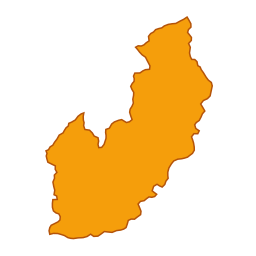 outline of Inhaúma, Minas Gerais, Brazil, rotated 85°
{"feature_id": "56859067B77049971161893", "entity_name": "Inhaúma", "entity_type": "district", "adm_level": 2, "iso_a3": "BRA", "parent_name": "Brazil", "parent_adm1": "Minas Gerais", "projection": "mercator", "projection_center": [-44.417, -19.5], "detail": "fine", "context": "isolated", "style": "filled", "palette": "amber", "viewbox_px": 256, "rotation_deg": 85, "n_neighbors": 0, "source": "geoboundaries", "source_scale": "gbopen_adm2", "svg_char_len": 2707}
<svg xmlns="http://www.w3.org/2000/svg" viewBox="0 0 256 256"><g transform="rotate(85 128 128)"><path d="M109.1,170.7L109.9,173.5L112.0,176.8L115.4,179.8L117.2,183.6L118.2,186.6L120.8,187.3L122.4,189.7L124.9,191.6L127.2,193.1L129.1,197.2L132.7,199.6L135.9,202.5L138.6,204.4L140.0,207.2L142.7,209.1L143.6,211.7L146.2,210.9L148.8,211.9L151.7,211.5L155.1,210.8L157.6,206.7L159.4,203.7L162.8,204.1L166.0,202.7L168.5,205.5L171.7,205.6L175.3,207.5L179.5,207.1L183.6,206.4L188.0,207.5L189.5,205.0L193.0,204.7L192.8,209.1L196.5,209.9L200.4,210.2L204.1,209.5L206.3,207.2L207.5,204.4L210.5,203.2L213.7,203.8L215.4,205.9L216.9,209.6L218.2,213.0L220.4,214.6L223.5,215.6L227.1,215.2L226.5,211.5L227.0,207.1L228.3,203.7L229.6,200.7L232.0,197.4L232.9,194.7L233.4,192.0L233.1,187.3L233.3,182.3L232.5,178.1L230.5,174.5L233.0,171.6L233.1,167.4L231.6,164.7L229.1,160.6L229.8,157.2L230.6,152.9L229.2,148.4L229.0,144.1L228.3,141.0L227.0,138.6L223.4,137.0L220.1,135.8L219.0,132.8L219.4,129.4L217.6,126.7L215.4,123.0L212.1,122.3L209.0,123.2L204.6,124.6L202.2,122.0L201.8,118.2L199.9,115.5L198.5,113.1L199.1,110.3L198.6,107.4L196.5,105.2L194.5,107.5L192.7,109.4L188.3,107.5L186.6,104.0L188.5,101.5L189.8,99.1L187.5,96.3L184.3,94.9L181.6,92.4L179.0,92.5L175.4,92.2L171.3,90.7L167.5,87.9L164.8,85.3L163.4,81.2L163.3,77.1L162.9,74.3L162.2,71.2L160.5,68.6L158.9,66.0L155.9,63.9L152.7,63.7L148.6,64.0L145.3,64.7L142.3,65.5L139.4,62.8L139.8,59.0L137.0,57.3L134.4,60.5L130.6,61.3L128.5,59.5L126.7,56.4L123.3,54.2L120.4,52.7L117.8,50.0L114.5,51.5L110.4,53.5L107.2,50.5L105.7,46.3L103.2,43.4L98.3,41.9L93.4,40.4L89.9,41.0L87.3,43.8L84.1,45.8L79.6,48.0L76.2,50.0L73.5,50.8L72.0,53.0L67.9,53.5L65.6,55.5L65.2,58.6L62.2,59.7L58.6,60.2L55.6,59.5L53.0,58.9L49.1,60.3L46.3,57.3L43.3,56.9L40.6,58.6L38.0,60.3L35.2,59.2L33.0,56.5L29.6,56.3L25.9,57.9L22.6,59.5L24.6,63.1L25.9,66.5L28.0,71.2L28.0,74.9L28.3,78.9L29.5,83.0L31.2,85.6L31.6,88.6L32.4,91.9L34.6,94.2L35.9,97.2L38.5,99.6L43.0,99.4L44.8,102.6L46.6,104.9L47.5,107.6L47.0,110.7L48.2,113.4L50.8,111.5L53.5,109.8L56.3,107.6L59.0,104.4L62.3,103.1L65.6,101.7L68.1,100.7L71.4,101.4L71.4,105.5L72.4,108.2L74.2,111.3L73.9,116.4L76.8,118.0L79.4,117.5L82.1,117.9L84.0,119.9L86.8,121.7L89.9,120.7L93.0,119.2L96.0,119.6L99.8,120.7L103.7,120.5L106.8,122.2L109.4,124.2L112.4,125.0L116.2,124.2L120.0,123.2L121.9,126.0L122.4,129.1L120.7,131.4L119.1,133.6L119.5,136.7L120.8,141.1L122.6,143.9L126.6,146.6L127.5,150.2L130.5,150.7L133.5,150.5L136.4,150.8L138.8,151.8L142.3,153.3L145.0,155.9L145.0,158.8L141.7,159.3L138.5,158.4L135.1,158.7L133.1,162.4L129.8,164.0L126.8,166.5L125.7,171.1L121.8,172.0L118.9,171.3L116.2,171.8L112.5,171.6L109.1,170.7Z" fill="#f59e0b" stroke="#b45309" stroke-width="1.5"/></g></svg>